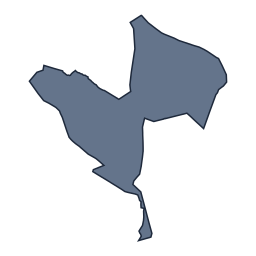 outline of Santiago Matatlán, Oaxaca, Mexico
{"feature_id": "50627088B54513181179027", "entity_name": "Santiago Matatlán", "entity_type": "district", "adm_level": 2, "iso_a3": "MEX", "parent_name": "Mexico", "parent_adm1": "Oaxaca", "projection": "mercator", "projection_center": [-96.433, 16.804], "detail": "fine", "context": "isolated", "style": "filled", "palette": "slate", "viewbox_px": 256, "rotation_deg": 0, "n_neighbors": 0, "source": "geoboundaries", "source_scale": "gbopen_adm2", "svg_char_len": 2137}
<svg xmlns="http://www.w3.org/2000/svg" viewBox="0 0 256 256"><path d="M151.9,233.4L149.1,223.3L147.0,215.4L145.6,210.0L144.6,206.3L143.5,202.1L141.3,193.9L140.8,191.9L132.9,184.5L133.7,181.3L133.9,180.8L135.0,179.5L136.9,177.2L139.6,174.2L141.2,166.3L141.8,161.7L142.4,157.5L143.1,151.1L143.1,148.1L143.0,142.3L142.7,134.9L142.7,132.8L142.6,130.0L142.5,127.1L144.4,118.9L144.6,118.2L153.8,121.5L163.8,119.0L163.8,118.8L164.1,118.7L164.3,118.7L164.7,118.5L164.9,118.5L165.5,118.4L165.9,118.2L165.8,118.3L165.8,118.5L186.9,113.2L190.6,116.5L194.4,120.1L197.2,122.7L199.3,124.6L203.6,128.6L209.6,111.8L215.9,94.6L217.4,92.8L218.4,90.2L218.6,89.6L222.0,87.0L223.4,86.0L226.6,82.1L226.3,74.7L224.0,69.7L222.0,65.4L218.5,58.5L216.4,57.5L207.2,51.3L203.9,49.4L199.2,47.1L194.1,45.6L178.8,40.5L174.3,38.2L164.3,34.2L161.4,32.8L155.7,28.6L148.2,22.8L144.0,18.2L141.7,15.6L141.2,15.4L130.2,22.4L133.6,28.6L134.9,48.7L131.3,72.4L129.9,84.9L130.4,89.5L130.7,91.5L118.8,99.3L104.4,90.5L103.0,90.2L99.7,88.5L98.3,87.4L97.6,86.8L97.0,85.9L96.5,85.3L96.3,84.9L94.7,84.1L93.6,83.3L93.0,82.6L91.8,81.7L90.8,80.5L88.2,78.6L88.1,77.9L87.9,76.8L87.2,76.6L86.3,76.1L85.5,75.5L85.0,75.2L84.4,75.3L83.3,75.1L82.1,74.0L81.3,73.9L80.1,73.4L79.4,72.9L77.7,72.5L76.6,71.7L75.3,70.5L74.7,71.2L74.2,71.5L73.7,71.8L72.6,72.7L71.4,73.8L70.4,75.3L69.5,75.5L69.0,75.2L68.4,75.1L67.3,75.3L65.6,74.2L65.0,73.5L64.6,73.3L63.4,72.4L63.0,72.0L62.6,70.9L54.5,68.6L43.9,65.4L43.0,70.2L36.9,72.3L29.4,81.2L38.1,93.5L43.7,100.6L48.9,103.2L55.9,107.4L59.5,110.9L60.4,113.4L62.3,117.3L66.8,130.9L67.9,133.9L68.6,135.8L69.1,137.3L71.0,139.5L72.6,141.1L75.5,143.6L79.8,146.7L80.0,147.0L88.3,154.2L94.4,157.6L96.3,158.8L98.6,160.7L103.9,165.4L93.4,169.6L92.8,171.6L98.0,174.8L102.1,177.3L106.1,179.7L108.7,181.3L121.9,189.5L124.8,191.5L127.6,192.3L129.3,192.7L132.4,193.4L135.2,194.0L137.8,195.0L139.1,198.5L139.6,200.4L141.0,201.7L140.9,204.8L141.1,207.7L144.1,208.4L143.6,211.1L143.8,216.9L143.5,220.6L142.5,225.5L140.9,228.0L139.0,231.1L139.9,233.2L140.5,233.9L141.3,236.1L140.5,237.5L138.6,240.6L150.9,237.1L151.9,233.4Z" fill="#64748b" stroke="#1e293b" stroke-width="1.5"/></svg>